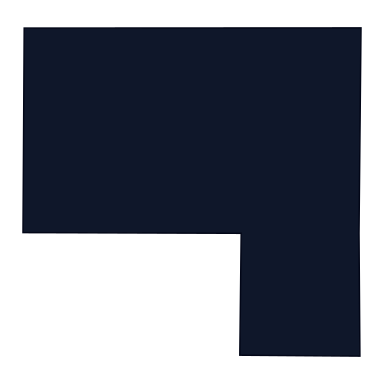 outline of Elbert, Colorado, United States of America
{"feature_id": "52423323B30628973159392", "entity_name": "Elbert", "entity_type": "district", "adm_level": 2, "iso_a3": "USA", "parent_name": "United States of America", "parent_adm1": "Colorado", "projection": "equal_earth", "projection_center": [-104.244, 39.217], "detail": "fine", "context": "isolated", "style": "filled", "palette": "ink", "viewbox_px": 384, "rotation_deg": 0, "n_neighbors": 0, "source": "geoboundaries", "source_scale": "gbopen_adm2", "svg_char_len": 243}
<svg xmlns="http://www.w3.org/2000/svg" viewBox="0 0 384 384"><path d="M24.2,28.1L23.0,232.6L62.7,232.7L241.2,233.3L239.8,355.2L359.9,356.1L359.0,233.2L361.0,27.9L30.8,28.1L24.2,28.1Z" fill="#0f172a" stroke="#020617" stroke-width="1.5"/></svg>